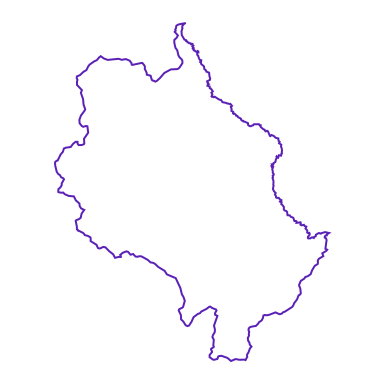 San Agustín, Huila, Colombia (Albers equal-area conic projection)
{"feature_id": "7082276B97741553625130", "entity_name": "San Agustín", "entity_type": "district", "adm_level": 2, "iso_a3": "COL", "parent_name": "Colombia", "parent_adm1": "Huila", "projection": "albers", "projection_center": [-76.402, 1.927], "detail": "fine", "context": "isolated", "style": "outline", "palette": "violet", "viewbox_px": 384, "rotation_deg": 0, "n_neighbors": 0, "source": "geoboundaries", "source_scale": "gbopen_adm2", "svg_char_len": 5902}
<svg xmlns="http://www.w3.org/2000/svg" viewBox="0 0 384 384"><path d="M185.7,23.0L178.8,24.4L176.7,25.4L176.2,26.2L176.0,28.1L175.2,29.6L175.7,30.8L174.7,31.9L177.9,35.4L176.8,37.6L174.3,40.0L174.3,42.6L175.1,46.4L175.5,47.9L177.2,50.2L178.4,55.3L179.4,57.1L181.7,59.4L182.4,60.8L182.4,63.2L179.7,67.3L178.4,68.6L177.0,69.1L170.9,69.4L164.4,72.9L159.9,78.1L156.7,81.0L155.2,81.6L153.7,80.7L152.5,80.5L151.8,79.8L150.6,75.7L146.8,74.7L146.6,72.6L144.8,68.9L144.9,66.7L144.5,65.6L142.4,63.0L141.7,62.9L132.4,64.9L131.7,64.6L131.5,63.2L129.7,60.7L125.9,59.1L121.7,59.8L118.6,58.8L107.8,59.9L104.1,58.6L100.7,56.2L99.2,57.3L96.8,60.2L94.3,61.3L89.6,64.6L88.2,66.4L86.4,70.1L83.5,71.8L80.0,75.1L76.9,76.4L76.7,78.1L77.5,79.8L77.0,81.5L77.0,84.9L81.9,90.1L80.9,92.9L83.1,99.2L83.5,104.3L85.2,109.3L84.7,110.5L80.9,115.6L79.4,119.8L79.6,123.2L81.7,125.9L83.2,126.8L86.0,126.0L87.4,126.3L88.2,132.7L84.0,138.8L84.3,143.6L83.9,144.2L81.8,145.0L78.7,145.1L77.6,143.7L77.5,141.8L75.6,141.8L73.2,143.7L70.7,147.0L65.8,147.7L63.9,148.5L62.9,151.8L60.6,154.5L57.7,160.5L56.7,160.7L55.2,162.0L55.0,163.3L55.3,165.9L56.7,171.7L58.2,174.0L60.0,175.2L61.1,177.2L63.4,178.4L64.0,179.3L61.7,183.5L61.7,185.3L60.3,187.5L58.5,189.0L58.2,191.2L58.4,192.2L61.3,192.7L63.3,192.6L64.6,194.1L68.7,195.9L73.9,196.4L75.8,200.4L79.4,203.5L79.7,206.2L81.1,208.4L84.2,209.9L81.6,213.6L80.7,217.8L79.0,219.1L76.2,220.2L75.7,220.9L76.9,226.8L76.9,229.4L77.7,229.7L78.2,230.8L79.3,231.0L83.4,233.1L84.8,235.1L87.9,235.9L90.3,237.3L90.7,238.2L90.6,241.1L96.5,244.8L97.9,247.9L98.7,248.4L100.1,248.4L103.4,246.9L105.5,247.4L109.2,251.2L113.2,254.3L115.0,257.8L118.8,256.9L120.8,257.0L120.9,256.3L120.2,254.9L122.7,252.8L126.3,251.4L128.0,251.8L130.5,254.7L133.1,254.0L135.5,256.5L137.4,256.8L139.3,256.2L141.5,256.4L147.8,259.9L150.5,262.4L153.1,262.8L155.2,264.0L158.3,267.0L164.7,270.9L166.9,274.4L175.7,278.1L180.4,288.1L181.9,294.4L183.4,296.8L184.8,300.8L183.1,306.9L182.3,307.7L179.2,309.2L178.7,310.5L180.9,315.1L181.1,319.4L183.3,321.5L185.7,325.3L187.5,326.1L189.0,325.6L191.5,321.8L193.6,317.1L197.8,314.0L200.1,313.1L201.2,311.6L206.5,308.9L209.2,306.8L210.3,306.6L211.9,307.9L216.0,309.5L216.5,310.6L215.2,312.7L215.0,314.6L217.4,315.9L214.0,325.7L214.9,329.3L214.8,332.0L212.9,335.3L212.4,337.0L213.8,339.8L213.3,345.3L213.8,346.7L213.7,347.1L211.1,348.8L211.1,349.7L212.0,351.4L212.0,352.1L209.6,355.0L209.6,357.2L213.0,359.6L214.1,359.8L217.4,358.9L218.2,356.6L219.0,356.1L221.4,355.8L227.4,357.9L231.0,361.0L235.5,359.1L239.8,359.8L244.1,359.6L245.5,360.1L247.2,356.9L247.0,354.8L248.5,352.3L249.9,348.5L251.5,346.6L249.8,344.7L249.3,342.3L248.3,341.1L248.0,339.8L247.8,338.0L249.0,335.7L248.8,334.1L249.2,331.6L248.5,330.3L248.7,328.6L249.5,327.5L250.9,326.8L255.9,325.9L258.1,323.7L259.1,322.1L261.6,320.5L262.9,318.1L263.4,315.5L264.8,315.0L266.8,315.3L269.2,314.8L275.5,312.4L279.2,314.1L280.2,314.1L282.0,313.5L283.0,312.3L284.8,311.7L292.3,306.9L293.6,304.8L293.9,303.6L297.1,299.3L298.5,295.5L300.1,294.5L300.8,293.3L300.3,288.5L299.1,285.6L299.3,284.3L300.8,280.9L304.4,278.5L305.3,277.0L308.0,276.1L310.7,274.1L312.1,270.3L314.7,265.9L317.7,264.0L318.0,262.0L317.7,260.9L318.7,258.9L323.3,256.1L322.3,253.3L326.4,250.8L327.2,249.7L325.4,248.8L326.6,240.0L326.0,238.3L324.8,237.7L324.6,237.1L325.5,235.5L326.8,235.4L327.0,234.3L329.0,233.0L325.2,232.1L321.2,233.2L320.8,233.7L318.9,233.0L315.9,234.7L315.7,236.3L314.2,236.9L313.8,238.0L312.1,237.3L310.1,238.4L308.3,238.4L307.9,238.0L308.0,236.7L309.6,234.9L309.7,233.7L309.3,232.9L308.4,233.2L307.2,232.6L307.3,230.5L305.5,228.6L306.3,226.6L304.6,226.0L303.9,224.8L301.8,225.3L300.6,224.9L300.4,224.5L300.8,223.2L300.5,222.3L296.4,222.9L296.6,221.5L296.0,221.0L294.4,221.0L293.3,217.8L290.7,216.7L289.8,215.4L287.5,215.2L287.1,212.0L286.4,211.1L284.5,210.4L283.8,209.5L283.9,207.0L282.3,204.9L281.3,204.2L281.6,202.4L279.9,201.6L280.2,201.1L281.4,200.6L281.4,200.1L279.5,199.0L278.8,197.9L276.8,197.9L276.1,197.5L275.8,195.7L274.9,194.5L275.7,193.0L274.1,191.4L272.9,189.0L273.6,185.5L273.3,184.9L273.5,182.1L273.4,180.6L272.5,178.0L273.0,177.4L272.7,175.6L273.5,175.1L273.8,174.2L272.8,172.9L272.7,170.7L272.2,169.1L272.9,167.8L271.9,167.2L271.5,166.1L272.9,166.0L271.9,164.3L273.4,164.1L273.5,163.2L275.4,161.9L275.9,159.3L276.8,158.1L276.4,156.9L276.7,156.3L278.2,157.5L278.9,155.2L281.0,155.7L281.3,155.2L281.3,153.9L282.0,153.2L281.7,152.2L282.0,151.0L281.8,148.6L281.0,146.6L281.3,144.7L279.0,143.2L279.7,141.9L278.6,140.9L278.3,138.4L276.2,138.0L275.1,137.3L273.9,136.0L271.5,135.0L270.4,136.1L269.9,135.9L268.0,131.4L267.1,130.8L265.8,131.4L265.4,131.3L264.6,129.7L263.4,129.3L260.8,127.1L260.6,125.2L259.7,125.4L258.9,124.2L253.8,124.3L253.0,125.4L252.1,125.5L251.0,126.2L249.6,126.1L248.1,125.0L248.0,123.2L244.8,121.7L243.4,121.5L243.2,120.8L241.9,120.6L241.0,119.6L240.9,118.6L238.1,117.2L237.3,115.9L236.2,115.8L235.7,114.6L234.3,113.6L233.7,113.9L233.0,113.4L233.2,111.8L231.4,110.9L231.6,108.7L230.8,106.9L232.0,105.9L230.4,103.9L229.6,104.1L228.4,103.5L227.2,103.5L226.1,102.9L222.5,102.2L221.0,99.9L219.4,99.7L214.7,96.7L213.8,97.2L213.4,96.8L212.0,96.9L211.5,96.4L212.4,94.3L211.4,92.8L212.8,91.3L210.9,88.6L210.3,88.6L209.7,88.0L209.7,86.5L207.4,85.7L207.9,84.6L208.7,84.1L207.8,83.4L208.0,82.8L207.3,82.2L207.1,81.3L209.9,79.9L210.2,78.8L209.4,75.9L209.1,72.7L206.3,71.6L206.1,70.5L204.3,69.0L204.0,66.4L201.1,63.9L201.0,62.8L200.2,62.1L201.2,61.2L201.2,60.2L200.1,60.2L198.9,58.3L198.2,55.7L197.5,55.3L197.2,54.3L197.1,52.8L197.4,52.4L198.4,52.4L198.3,51.4L197.7,51.0L197.1,51.6L195.4,51.4L194.9,50.6L193.9,50.4L193.8,49.3L193.3,49.4L192.7,48.4L193.5,47.7L192.4,46.5L193.3,45.6L192.5,45.0L192.5,43.9L191.5,43.7L191.0,44.2L189.9,43.1L189.0,43.1L188.7,42.6L187.5,42.3L187.2,41.4L186.1,41.1L186.1,40.2L184.4,39.6L181.8,35.1L181.5,31.4L182.5,28.1L182.2,27.6L182.3,26.0L183.9,24.0L185.7,23.0Z" fill="none" stroke="#5b21b6" stroke-width="2"/></svg>